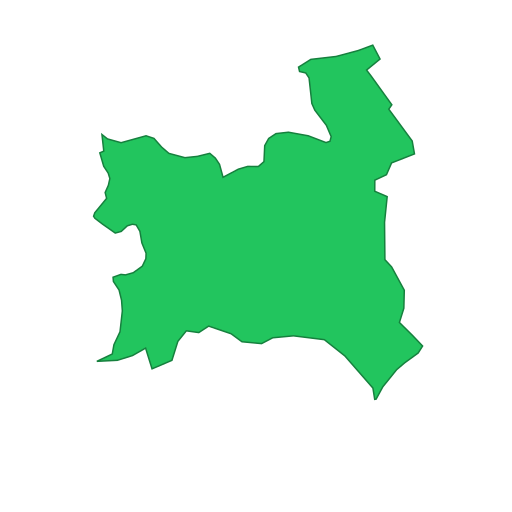 outline of Ashtarak, Aragatsotn, Armenia, rotated 163°
{"feature_id": "60910142B23777318825008", "entity_name": "Ashtarak", "entity_type": "district", "adm_level": 2, "iso_a3": "ARM", "parent_name": "Armenia", "parent_adm1": "Aragatsotn", "projection": "natural_earth1", "projection_center": [44.276, 40.353], "detail": "fine", "context": "isolated", "style": "filled", "palette": "green", "viewbox_px": 512, "rotation_deg": 163, "n_neighbors": 0, "source": "geoboundaries", "source_scale": "gbopen_adm2", "svg_char_len": 1596}
<svg xmlns="http://www.w3.org/2000/svg" viewBox="0 0 512 512"><g transform="rotate(163 256 256)"><path d="M439.0,201.8L419.1,196.8L403.2,196.9L388.5,200.2L388.5,194.8L388.4,178.5L366.9,180.8L355.7,197.2L344.5,204.8L333.1,199.5L321.8,202.8L302.5,188.9L294.5,178.1L276.3,170.6L263.9,172.9L243.5,168.7L215.1,156.0L200.2,134.4L182.8,95.5L184.4,84.2L183.0,84.0L172.9,93.9L165.6,98.8L154.7,106.2L145.0,110.4L129.3,115.8L123.0,121.2L129.6,134.4L138.3,150.5L129.9,162.8L124.2,179.9L129.5,205.9L133.8,214.8L123.2,250.7L113.2,274.4L123.5,283.2L120.2,293.8L107.5,295.6L99.1,305.4L74.6,307.3L73.0,320.3L86.1,357.6L81.9,360.9L93.2,394.2L95.9,401.5L79.8,408.1L82.7,423.5L98.2,422.6L121.1,423.4L146.1,428.0L150.8,426.7L159.0,424.5L160.1,424.2L160.4,419.7L154.9,416.5L153.2,410.8L155.2,400.2L158.0,385.5L157.1,378.2L150.5,360.4L149.2,348.2L151.7,344.1L155.9,344.0L170.9,355.7L188.8,364.9L201.1,367.2L209.5,364.7L215.4,359.0L220.8,343.9L227.6,340.9L237.8,344.1L247.5,344.2L264.5,340.9L264.1,354.3L266.3,361.6L270.2,367.7L282.9,368.4L295.2,370.8L309.3,379.6L314.4,387.7L319.2,398.3L326.0,403.1L351.9,403.8L363.8,411.4L367.8,417.2L370.9,400.8L375.2,400.3L375.4,386.3L373.1,378.5L373.1,372.8L376.5,366.8L381.7,360.8L382.0,354.8L397.5,344.5L399.7,341.5L399.0,339.1L393.4,331.3L383.9,319.1L377.7,318.9L370.2,322.5L364.9,322.5L361.5,320.8L359.8,313.6L361.3,301.9L360.3,290.8L362.1,285.6L367.7,279.5L378.3,275.9L386.4,276.1L390.5,277.9L398.9,277.5L399.8,273.3L396.9,263.5L397.5,253.0L399.9,242.5L408.2,223.3L412.0,219.1L417.8,212.7L422.1,204.3L439.0,201.8Z" fill="#22c55e" stroke="#15803d" stroke-width="1.5"/></g></svg>